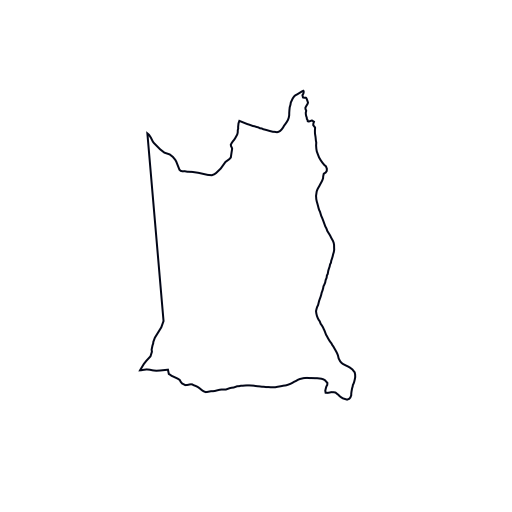 outline of Cidade De Lichinga, Niassa, Mozambique, rotated 217°
{"feature_id": "85939544B62365198391986", "entity_name": "Cidade De Lichinga", "entity_type": "district", "adm_level": 2, "iso_a3": "MOZ", "parent_name": "Mozambique", "parent_adm1": "Niassa", "projection": "natural_earth1", "projection_center": [35.229, -13.307], "detail": "fine", "context": "isolated", "style": "outline", "palette": "ink", "viewbox_px": 512, "rotation_deg": 217, "n_neighbors": 0, "source": "geoboundaries", "source_scale": "gbopen_adm2", "svg_char_len": 4773}
<svg xmlns="http://www.w3.org/2000/svg" viewBox="0 0 512 512"><g transform="rotate(217 256 256)"><path d="M263.5,107.0L257.9,112.2L254.6,109.3L253.1,109.5L251.3,109.5L249.6,109.9L247.7,110.3L245.9,110.7L244.1,111.0L242.3,111.1L240.4,110.2L238.3,109.7L236.7,110.0L234.8,110.3L233.1,111.8L231.4,113.8L229.9,115.0L228.0,115.3L226.0,115.9L224.0,116.3L222.5,116.4L220.8,116.4L219.1,116.3L217.6,116.3L216.1,116.5L214.3,117.0L213.2,118.0L211.5,119.9L210.5,121.0L209.0,122.1L207.5,123.6L206.1,125.4L204.6,127.2L203.3,128.5L201.7,129.7L199.7,131.2L198.6,132.9L197.4,134.7L196.2,136.1L194.7,137.5L193.5,139.3L192.7,140.6L191.1,141.9L189.9,143.4L188.3,144.6L186.9,145.9L185.0,147.5L183.5,148.6L181.7,149.8L179.9,151.0L178.3,151.8L176.4,152.9L174.7,154.0L172.7,155.1L171.0,156.3L169.0,157.4L167.1,158.9L165.1,160.1L163.2,161.6L161.6,162.8L160.2,164.4L158.4,166.3L157.2,167.6L156.0,169.0L154.3,170.6L153.0,172.4L151.6,174.6L150.6,176.6L149.9,178.4L148.8,180.4L148.1,182.2L147.0,184.1L145.9,185.4L144.5,187.1L142.8,188.6L141.2,189.8L139.4,191.0L137.8,192.2L135.8,193.6L133.8,195.1L131.9,196.2L130.0,197.3L128.1,198.0L126.3,198.3L124.7,198.0L122.6,197.6L121.5,195.9L121.3,194.2L120.5,192.1L119.6,190.1L118.1,188.7L116.3,189.9L115.0,191.3L113.9,192.6L111.9,194.0L110.3,194.8L108.4,194.7L106.6,194.7L104.9,194.4L103.0,194.4L100.9,194.6L99.0,195.3L96.8,196.1L95.6,198.1L95.5,199.8L96.1,202.0L97.3,203.7L98.3,205.5L99.6,208.1L100.3,210.0L101.0,211.3L101.3,212.9L101.9,214.7L102.9,217.0L103.9,219.0L105.5,221.0L107.2,222.5L108.9,222.9L110.7,223.4L112.3,223.4L114.0,223.4L116.2,223.1L118.1,222.7L119.8,222.4L121.6,222.1L123.3,222.1L125.3,222.5L127.0,223.3L128.3,223.9L130.7,225.9L132.5,227.0L134.1,227.8L135.9,228.6L138.0,229.5L139.8,230.3L141.5,230.8L143.1,231.6L144.6,232.0L145.9,232.4L147.2,232.9L149.1,233.7L151.0,234.6L152.7,235.3L154.6,236.5L156.5,237.7L158.1,238.5L159.5,239.3L161.4,240.1L163.6,240.8L165.8,242.2L167.7,242.8L169.5,243.7L171.4,244.9L173.2,246.4L174.9,248.1L175.9,250.4L176.5,252.1L176.9,254.2L177.8,256.3L178.6,258.2L179.2,260.1L179.8,262.1L180.6,264.3L181.5,266.3L182.1,268.4L182.9,270.5L183.9,272.5L184.2,274.2L184.8,276.5L185.9,278.7L186.5,281.1L187.7,283.2L187.9,284.8L189.4,287.7L190.2,289.9L190.8,291.8L191.8,293.9L192.1,295.7L193.1,297.6L193.7,299.5L194.5,301.7L195.4,303.7L196.2,305.9L197.3,308.0L198.9,310.0L200.3,311.8L201.8,313.2L203.5,314.3L205.5,315.2L207.1,315.9L208.6,316.7L210.2,317.4L212.3,318.2L214.1,318.9L216.4,320.4L218.4,321.3L220.4,322.6L222.4,323.9L224.1,325.0L226.2,326.3L227.9,327.2L229.7,328.5L231.6,329.9L233.2,330.7L235.0,332.0L236.6,333.3L238.4,334.7L240.4,336.2L242.2,337.8L243.2,339.0L244.2,340.1L245.3,342.1L246.4,344.1L247.0,346.1L247.3,347.9L247.5,349.7L247.9,352.1L248.2,354.2L248.5,356.0L249.2,358.4L250.3,360.1L251.4,362.5L250.6,364.6L250.7,366.5L251.9,368.3L254.1,369.7L256.2,369.8L259.1,370.5L261.9,371.4L265.0,372.7L267.9,374.5L270.4,376.1L272.3,377.9L274.5,380.4L276.1,382.8L277.8,384.4L280.1,386.9L282.6,389.3L283.8,390.8L284.9,392.3L285.5,393.3L285.7,393.5L286.2,394.2L287.6,394.5L289.1,395.0L290.0,396.5L290.5,398.1L292.9,397.9L293.7,396.7L294.6,395.4L295.2,394.9L295.8,394.8L296.6,395.6L297.9,396.1L298.8,397.1L300.2,398.0L301.6,399.3L302.5,400.4L302.9,401.4L303.4,402.3L305.0,403.2L305.8,404.2L306.1,405.9L306.4,408.7L306.8,409.8L309.0,411.3L310.1,412.0L311.0,412.4L311.5,412.4L312.7,411.4L313.9,410.9L315.7,412.4L315.9,414.2L316.5,415.5L317.3,416.4L317.3,417.1L318.3,415.2L319.0,413.4L319.9,411.1L320.6,409.4L321.3,408.0L321.6,406.3L321.5,403.9L321.0,401.6L320.6,399.6L319.5,397.5L318.6,395.1L317.1,392.6L315.6,390.3L314.2,388.4L313.1,386.2L312.4,384.0L312.1,381.6L312.0,379.2L312.0,377.0L311.7,374.8L311.7,372.4L312.0,370.4L312.7,368.8L313.7,367.5L315.8,366.4L317.4,365.3L319.1,364.6L320.8,363.9L322.7,363.2L324.7,362.4L326.5,361.6L328.2,361.3L329.7,360.4L331.6,360.1L333.4,359.3L335.3,358.7L336.8,357.9L338.9,357.3L340.8,356.7L342.4,356.1L350.6,353.9L349.8,351.4L348.0,348.4L347.9,348.2L347.0,347.2L346.5,346.0L346.0,345.1L345.1,343.9L344.5,342.7L344.1,341.6L343.9,340.2L343.7,338.8L343.5,337.3L343.4,335.6L343.5,333.7L343.4,331.5L343.1,329.7L341.9,328.6L340.7,328.1L339.7,327.4L339.4,326.9L339.0,326.2L337.9,324.1L335.4,319.5L335.6,317.3L337.0,312.7L336.8,304.6L337.8,298.3L338.5,296.2L339.9,293.9L343.4,291.7L352.0,287.8L357.5,284.8L361.7,281.9L364.0,280.8L365.5,279.5L367.3,278.7L369.0,278.8L376.5,283.4L378.3,284.2L382.0,285.1L386.0,285.2L391.4,283.4L396.8,283.5L405.6,284.8L407.3,285.3L411.1,287.2L414.4,288.4L416.5,288.5L290.7,148.4L288.7,142.0L287.6,129.9L286.3,125.6L285.5,124.3L284.8,122.2L283.0,118.4L281.5,116.9L279.9,112.4L280.5,106.4L280.6,102.3L279.9,95.6L279.8,94.9L279.1,95.5L277.6,97.1L275.1,99.6L272.5,101.2L269.5,102.6L266.5,104.4L263.5,107.0Z" fill="none" stroke="#020617" stroke-width="2"/></g></svg>